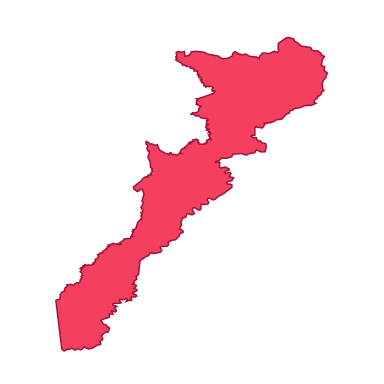 the district of Rionegro, Santander, Colombia, rotated 262°
{"feature_id": "7082276B88836733063931", "entity_name": "Rionegro", "entity_type": "district", "adm_level": 2, "iso_a3": "COL", "parent_name": "Colombia", "parent_adm1": "Santander", "projection": "equal_earth", "projection_center": [-73.314, 7.479], "detail": "fine", "context": "isolated", "style": "filled", "palette": "rose", "viewbox_px": 384, "rotation_deg": 262, "n_neighbors": 0, "source": "geoboundaries", "source_scale": "gbopen_adm2", "svg_char_len": 6028}
<svg xmlns="http://www.w3.org/2000/svg" viewBox="0 0 384 384"><g transform="rotate(262 192 192)"><path d="M54.5,41.2L52.4,43.1L52.7,45.0L53.9,46.4L53.2,48.4L54.0,51.3L51.6,54.2L52.9,57.0L51.4,59.2L51.3,60.7L53.5,63.6L50.9,67.6L51.3,72.0L53.5,76.8L53.7,80.1L54.7,80.6L56.5,79.8L58.6,83.2L62.3,82.3L65.0,86.0L64.8,89.2L68.2,91.3L69.6,90.9L70.6,89.0L72.0,88.8L73.6,85.8L77.4,84.0L78.3,85.6L79.5,92.8L82.8,93.1L82.0,96.8L85.6,95.8L85.6,96.9L83.9,98.9L84.4,100.4L85.8,100.5L87.7,99.0L89.2,101.7L90.9,98.0L92.7,98.3L91.9,105.9L92.6,106.3L94.5,104.8L95.7,105.7L94.9,108.0L95.4,112.5L94.4,113.0L92.8,111.6L93.4,114.8L93.0,117.1L96.8,117.5L95.9,120.9L96.6,122.8L98.0,122.3L99.9,118.8L101.4,119.6L100.8,120.9L102.3,124.0L103.5,123.3L104.5,121.1L106.5,123.8L107.5,123.7L109.1,120.1L109.9,122.2L111.9,122.4L113.2,125.2L116.1,125.0L117.7,127.5L131.1,130.9L134.6,137.8L135.1,140.3L137.6,141.9L136.4,145.1L136.7,152.3L138.3,153.9L141.5,152.8L142.4,153.3L141.8,159.9L143.1,161.5L145.7,161.5L147.0,165.7L147.0,169.0L149.9,172.9L152.5,174.2L153.2,177.5L154.8,177.7L157.6,174.5L160.7,177.0L163.7,176.9L167.2,178.9L168.1,182.6L170.5,183.3L171.3,184.7L169.5,188.3L169.8,190.8L171.0,191.3L174.1,189.8L176.1,190.8L176.1,192.5L173.1,196.0L173.3,198.2L178.5,199.3L177.6,204.6L178.4,206.7L179.9,207.1L182.0,205.7L183.5,206.8L183.4,208.7L181.2,211.6L181.6,214.0L184.0,217.3L185.5,222.1L191.1,232.2L193.3,232.6L194.5,231.0L195.1,227.8L196.4,227.4L197.2,228.6L197.6,233.0L200.4,235.2L202.0,231.0L204.9,233.1L206.1,232.7L206.3,230.2L205.5,228.0L206.4,226.9L208.0,228.5L208.5,231.7L209.5,232.1L212.2,228.4L211.7,224.6L212.7,222.5L217.3,223.7L218.2,222.5L217.9,219.7L218.7,219.7L219.3,223.2L221.5,226.2L220.6,230.5L221.3,236.2L223.7,238.0L223.2,246.5L220.9,251.0L222.0,253.6L222.2,259.7L224.0,260.6L224.5,261.9L222.0,266.3L221.7,270.2L226.8,271.9L229.7,271.7L231.0,267.9L233.1,266.7L233.2,265.3L235.2,263.3L236.9,263.2L237.5,259.8L239.1,258.3L239.9,258.8L239.5,262.2L246.6,263.1L247.7,264.3L248.0,265.1L247.2,265.3L245.6,270.7L248.5,273.3L250.2,273.2L249.4,275.1L250.0,277.5L249.5,279.6L250.4,280.5L250.1,282.6L251.6,284.8L251.8,291.4L256.0,296.2L256.7,299.3L259.0,300.7L259.1,303.4L260.4,305.1L260.5,310.7L261.8,315.9L261.3,322.9L262.6,327.1L263.9,325.3L265.9,326.1L267.9,329.6L269.2,329.4L269.5,331.7L271.5,334.0L273.0,334.3L274.3,336.8L275.4,335.8L280.9,335.9L284.4,337.7L286.9,340.8L288.5,340.8L290.9,342.8L294.1,339.6L297.3,341.0L299.3,337.7L304.9,339.5L307.9,342.0L309.2,339.6L311.2,339.1L313.9,336.7L314.6,335.1L314.5,332.7L316.3,330.0L317.9,330.0L318.9,328.8L321.3,320.4L324.8,317.7L326.8,314.9L329.6,313.9L331.7,308.7L331.6,306.9L327.2,298.2L322.0,297.2L319.9,297.6L318.2,296.0L320.0,293.1L318.3,287.7L319.9,281.5L317.5,278.4L314.7,276.8L316.6,275.0L318.3,268.1L321.3,263.9L320.7,260.6L322.1,258.5L322.1,256.7L322.8,256.9L325.0,254.0L323.9,252.0L321.3,250.8L319.5,246.7L319.7,240.6L323.1,236.7L326.3,226.7L328.7,223.4L330.7,216.0L331.0,211.1L327.9,208.3L327.4,204.4L327.6,203.8L332.3,204.1L331.8,200.9L333.1,198.4L332.5,195.7L329.0,195.8L327.9,194.6L326.3,195.8L325.3,194.3L324.5,194.8L321.0,199.6L318.7,200.5L319.0,202.2L317.6,203.3L316.0,208.0L314.7,207.8L314.2,210.6L313.3,210.4L312.3,212.0L311.4,211.2L311.6,213.2L311.0,213.2L310.7,214.3L307.8,213.8L308.0,214.6L306.5,215.5L306.1,214.3L304.7,214.7L304.0,215.6L304.4,216.6L302.5,217.4L301.9,215.7L301.1,217.1L300.2,217.2L300.0,216.5L298.7,217.2L298.0,219.1L295.6,218.4L295.1,219.5L295.6,220.5L293.9,220.3L294.7,222.8L293.8,223.5L294.4,224.2L293.5,226.5L292.2,227.6L290.9,225.8L289.4,226.0L289.5,227.0L288.2,227.3L288.9,228.4L288.6,228.9L286.7,227.2L283.5,211.2L283.7,209.6L282.5,210.7L281.9,209.2L278.1,208.4L278.0,209.6L276.8,210.3L275.7,212.9L274.1,210.7L270.8,209.6L269.9,206.8L270.4,203.4L269.1,201.8L268.3,205.2L266.6,206.2L266.8,208.8L264.1,211.4L262.3,217.4L261.2,217.8L260.6,216.4L257.1,215.7L256.6,217.2L255.4,215.1L254.0,214.8L253.3,215.8L252.3,215.2L251.8,217.4L251.0,215.9L250.9,216.9L249.7,217.2L248.5,216.4L248.6,218.0L247.6,218.9L246.4,216.7L246.1,217.5L245.1,216.6L242.0,218.1L242.1,217.3L241.4,217.6L242.0,216.2L241.0,213.7L239.6,213.1L239.1,213.9L237.6,212.1L238.4,211.4L237.7,209.7L238.5,205.9L239.9,204.8L240.1,205.5L240.8,204.7L242.4,205.6L243.7,203.5L243.5,200.3L242.7,199.9L242.3,200.6L242.0,198.5L241.1,198.5L241.8,197.6L241.4,195.8L241.0,197.3L239.7,196.8L240.7,195.4L237.3,192.0L237.4,191.1L236.2,191.1L236.7,189.4L235.3,187.2L232.7,185.4L231.7,186.8L231.9,184.8L230.5,181.7L231.6,180.3L231.8,178.0L233.8,176.8L233.7,175.8L232.7,175.1L233.4,175.1L232.7,174.3L234.0,171.0L238.3,165.5L243.7,164.2L243.2,162.7L243.8,161.9L243.6,160.8L245.4,159.0L245.0,157.4L246.9,156.1L248.5,153.6L245.8,153.1L245.1,154.2L243.0,154.5L241.5,153.3L238.5,154.3L237.9,155.6L232.7,153.2L227.1,154.8L222.0,154.3L220.8,156.0L219.8,155.2L218.2,155.8L216.0,153.5L214.7,154.1L214.8,150.7L213.0,150.6L213.6,148.4L212.4,145.4L210.2,143.5L205.2,134.7L203.3,134.7L200.1,137.8L200.4,139.5L201.6,140.5L201.5,143.1L196.7,144.2L189.8,141.1L188.2,142.5L183.5,139.2L181.4,140.5L179.2,140.5L178.7,138.3L176.6,139.6L175.4,138.0L174.0,139.0L172.9,137.8L171.9,138.1L171.6,136.4L169.3,133.9L163.2,131.0L162.9,128.0L161.1,128.5L160.8,127.3L159.9,128.2L157.3,126.0L156.5,127.4L156.1,125.1L154.6,124.9L155.0,118.5L153.3,116.7L151.6,112.9L150.5,114.6L149.9,113.9L150.1,111.4L151.2,110.9L150.9,108.7L152.0,107.7L151.4,106.7L151.9,106.0L151.5,104.1L150.7,103.3L151.2,101.9L149.5,102.7L149.8,100.5L147.4,100.1L147.7,99.1L146.0,96.9L145.8,95.3L144.1,95.0L144.4,92.4L143.5,91.9L143.1,89.8L141.4,90.7L139.0,88.4L138.8,86.7L136.2,86.5L135.7,84.4L134.3,84.7L134.6,83.6L133.4,81.8L134.2,79.7L134.0,77.8L135.1,76.0L134.1,75.2L134.2,74.2L132.9,74.9L133.2,73.2L132.3,73.0L132.4,72.0L131.7,72.6L131.4,70.9L130.9,71.9L130.0,71.4L130.3,72.4L128.6,70.1L127.5,71.4L124.8,72.0L123.8,70.3L122.0,71.0L121.2,69.3L118.6,68.6L117.4,66.7L118.1,65.9L117.7,63.7L116.1,61.9L117.5,58.9L117.4,55.0L116.1,55.5L114.5,52.8L111.6,52.1L111.2,49.7L108.8,47.2L104.3,46.5L103.7,42.1L54.5,41.2Z" fill="#f43f5e" stroke="#9f1239" stroke-width="1.5"/></g></svg>